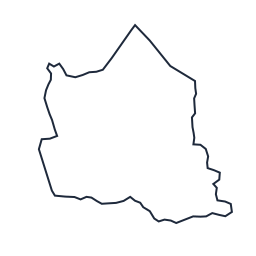 Dom Macedo Costa, Bahia, Brazil, rotated 352°
{"feature_id": "56859067B72952636719234", "entity_name": "Dom Macedo Costa", "entity_type": "district", "adm_level": 2, "iso_a3": "BRA", "parent_name": "Brazil", "parent_adm1": "Bahia", "projection": "mercator", "projection_center": [-39.172, -12.907], "detail": "fine", "context": "isolated", "style": "outline", "palette": "slate", "viewbox_px": 256, "rotation_deg": 352, "n_neighbors": 0, "source": "geoboundaries", "source_scale": "gbopen_adm2", "svg_char_len": 1117}
<svg xmlns="http://www.w3.org/2000/svg" viewBox="0 0 256 256"><g transform="rotate(352 128 128)"><path d="M46.2,184.8L56.3,187.2L65.4,188.9L71.1,192.1L77.3,190.4L82.1,191.8L87.1,196.1L91.5,199.4L98.2,199.9L105.8,200.5L113.5,199.6L120.6,196.5L124.8,201.0L129.7,203.7L132.1,208.6L138.0,213.4L141.4,221.3L145.4,224.8L151.4,223.8L157.5,225.6L162.5,228.8L180.2,224.6L187.5,225.9L193.1,226.4L199.6,224.0L206.1,226.7L212.1,228.9L219.2,225.6L219.2,217.5L213.9,214.3L206.5,212.1L205.8,205.8L207.6,199.6L204.7,195.3L211.2,191.8L212.7,185.0L207.0,181.6L201.3,178.8L201.5,173.2L203.4,167.3L202.1,159.6L197.4,154.7L190.5,153.3L192.3,146.9L192.3,142.0L192.0,136.1L192.8,126.4L196.5,122.8L197.0,115.3L197.6,107.9L200.2,103.6L200.2,97.9L200.9,90.8L178.5,72.5L161.7,44.4L149.3,27.1L145.2,31.2L121.6,56.5L111.2,66.8L104.5,67.9L97.4,67.4L90.5,69.2L82.9,70.4L74.4,67.3L72.0,60.6L68.9,54.7L63.2,56.8L58.9,53.3L56.3,57.6L59.4,63.3L58.3,69.5L55.3,73.7L52.1,79.2L49.4,86.8L50.9,96.1L52.3,103.4L53.9,109.5L55.3,119.3L56.7,126.0L49.1,127.7L41.0,127.1L36.8,136.6L43.9,179.4L46.2,184.8Z" fill="none" stroke="#1e293b" stroke-width="2"/></g></svg>